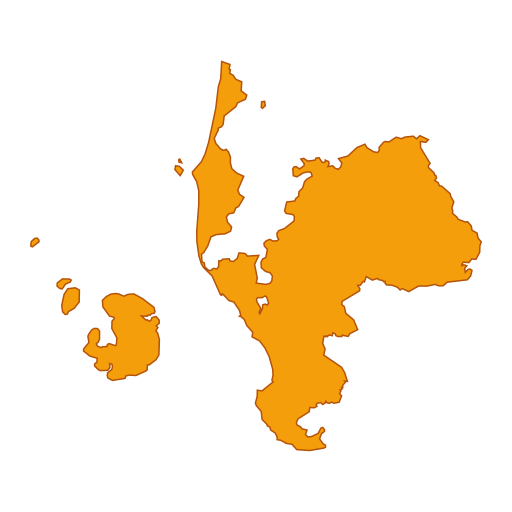 Takalar, Sulawesi Selatan, Indonesia (orthographic projection)
{"feature_id": "22746128B33549586615312", "entity_name": "Takalar", "entity_type": "district", "adm_level": 2, "iso_a3": "IDN", "parent_name": "Indonesia", "parent_adm1": "Sulawesi Selatan", "projection": "orthographic", "projection_center": [119.453, -5.411], "detail": "fine", "context": "isolated", "style": "filled", "palette": "amber", "viewbox_px": 512, "rotation_deg": 0, "n_neighbors": 0, "source": "geoboundaries", "source_scale": "gbopen_adm2", "svg_char_len": 6077}
<svg xmlns="http://www.w3.org/2000/svg" viewBox="0 0 512 512"><path d="M241.7,81.8L235.9,79.4L233.3,75.5L229.7,73.2L230.4,69.7L229.1,69.1L230.0,64.5L221.7,61.5L220.7,78.8L218.3,86.8L215.8,108.2L208.6,142.4L205.0,154.2L201.4,161.7L192.4,172.0L192.6,174.4L196.7,181.7L198.8,190.8L198.7,205.3L196.7,231.7L196.9,241.5L198.9,256.0L201.4,264.0L203.6,267.6L212.1,275.9L220.5,294.8L221.6,295.2L221.3,294.2L222.9,294.1L229.0,300.6L233.8,302.0L239.4,310.2L240.8,315.6L238.6,316.5L240.4,316.2L244.2,319.4L246.9,325.7L252.7,332.2L252.1,336.9L259.6,340.9L264.9,347.9L269.1,356.4L272.7,369.2L273.0,375.2L271.9,380.4L273.1,381.9L262.0,390.9L257.3,390.2L257.2,396.3L255.4,403.2L256.4,405.7L261.2,411.4L262.1,419.5L267.4,424.8L267.2,425.8L270.1,427.3L270.5,429.9L275.2,433.0L277.2,437.0L277.1,439.7L280.5,440.2L286.4,443.4L292.1,444.3L296.7,449.6L309.7,450.5L323.8,448.1L325.5,447.2L325.5,445.2L322.9,443.6L319.6,438.9L321.4,433.8L324.5,431.4L324.6,429.8L322.7,427.4L320.9,428.1L318.1,433.4L311.7,436.5L307.8,436.9L305.5,434.5L307.0,430.0L301.8,428.8L300.6,426.8L297.0,425.0L296.4,422.5L298.1,418.8L309.2,411.7L309.8,407.5L314.1,407.8L316.9,406.4L316.2,404.6L317.3,403.3L320.7,402.6L322.7,404.5L324.8,403.4L325.8,401.3L326.8,402.7L329.4,403.3L331.3,402.2L334.0,403.2L339.2,402.2L341.6,395.8L339.5,393.6L340.9,391.0L340.0,389.9L342.0,389.1L341.6,387.5L342.8,387.6L342.6,385.6L345.5,381.9L344.8,381.1L347.4,381.4L344.7,372.7L341.6,367.3L323.7,355.1L325.1,349.0L322.7,343.5L323.9,336.1L325.6,336.7L326.5,335.8L327.2,336.7L329.1,335.0L332.3,335.7L332.8,332.8L335.2,333.8L336.0,335.7L337.8,336.5L341.8,336.5L342.3,335.2L348.1,336.4L349.8,333.7L357.7,329.6L353.6,319.8L345.8,313.3L344.3,306.6L341.7,304.6L342.2,301.3L359.6,290.8L359.8,288.6L357.7,285.4L360.2,285.3L363.3,281.3L364.4,281.9L366.3,276.6L372.3,280.1L377.6,278.4L378.4,279.6L382.8,280.6L383.8,281.8L385.2,281.4L385.2,283.4L386.5,284.9L392.0,285.2L397.5,287.3L400.1,290.0L402.2,288.5L408.7,291.6L418.7,286.0L427.1,286.1L435.1,284.4L438.6,285.8L443.1,285.8L447.2,282.2L467.3,279.8L470.6,276.1L472.0,270.4L470.0,269.0L468.2,269.3L465.3,272.3L464.7,268.1L466.8,265.7L463.7,264.8L461.9,265.6L461.9,264.2L463.3,262.2L468.9,262.6L471.8,258.9L475.9,259.4L479.7,252.3L479.9,245.6L481.3,242.0L478.0,238.0L477.1,233.1L472.0,230.3L471.3,226.0L467.6,221.7L465.1,222.0L458.1,219.2L456.8,217.0L452.4,213.3L452.8,210.9L451.8,208.0L453.8,201.8L450.7,196.4L450.2,193.7L441.6,186.1L439.5,185.9L438.1,182.6L434.7,180.4L436.6,177.9L435.7,175.4L434.9,175.4L434.0,172.8L428.4,167.5L428.4,165.7L430.1,163.4L420.6,147.7L420.4,141.4L425.8,142.4L428.4,139.7L419.9,135.7L416.5,138.8L413.3,136.2L404.8,137.1L401.5,138.7L396.1,137.2L388.9,142.0L385.2,141.5L383.5,142.3L379.1,147.4L379.3,150.4L377.6,152.5L373.6,151.8L367.1,147.8L364.9,144.2L356.9,147.6L347.9,156.0L338.5,158.6L341.8,163.0L340.8,166.9L338.3,169.3L335.2,168.3L332.7,165.8L327.9,166.6L329.1,163.8L328.6,161.6L325.3,160.1L325.2,161.7L323.7,162.6L321.8,161.9L319.1,157.7L316.0,158.1L315.1,160.1L307.7,161.1L303.8,158.4L300.8,159.0L304.2,163.6L304.1,165.7L299.5,168.9L296.1,166.6L294.1,166.8L292.8,168.7L293.3,175.7L297.0,176.8L303.2,172.9L308.2,171.8L310.9,172.4L312.2,176.1L306.9,179.1L304.5,181.7L302.7,187.9L299.0,191.6L298.6,196.2L295.8,198.5L294.7,201.0L286.7,202.0L284.6,210.9L286.1,213.4L293.0,214.6L294.4,216.6L294.0,221.0L284.5,228.5L278.8,230.6L276.9,233.3L277.3,237.1L278.7,239.2L277.2,240.8L272.7,241.0L270.0,239.4L266.5,240.6L263.9,243.2L264.3,245.9L267.4,249.5L265.8,257.5L262.8,258.9L261.0,262.0L261.3,267.7L265.6,271.5L270.0,272.7L272.4,276.0L271.8,280.8L270.0,283.3L265.9,284.4L256.2,283.1L257.3,278.2L254.6,264.4L258.8,255.4L247.4,256.1L245.1,253.5L239.0,252.9L237.2,258.4L233.4,261.5L230.1,261.0L229.3,258.8L222.6,259.2L221.0,261.0L218.9,260.7L218.6,266.5L217.0,268.9L213.4,268.4L210.7,270.5L208.7,270.4L204.9,267.0L204.3,262.9L202.0,261.8L201.5,254.1L203.7,252.6L207.7,246.1L211.0,236.8L216.2,234.6L225.2,233.8L230.6,231.1L231.6,227.0L227.5,222.1L226.4,216.9L228.8,213.8L233.7,212.9L235.9,207.8L238.5,206.6L244.0,197.4L239.5,194.3L237.8,190.0L243.7,176.3L236.6,173.0L231.9,168.8L230.4,163.0L230.4,156.8L228.4,151.9L226.2,149.3L223.8,150.4L220.6,149.0L215.8,143.4L214.2,138.3L218.2,130.3L218.2,128.2L221.3,126.9L223.1,124.5L224.2,115.9L235.8,106.7L237.6,102.8L245.4,99.3L246.8,95.1L241.2,90.9L241.7,81.8ZM266.8,297.3L268.6,303.3L267.0,305.2L265.4,304.1L262.8,304.7L262.4,308.9L259.9,313.8L259.0,312.3L260.8,308.4L256.9,301.8L256.5,298.9L257.6,297.6L262.0,297.7L265.2,295.9L266.8,297.3ZM123.9,296.2L118.8,294.0L115.8,293.5L110.9,294.1L106.4,296.5L102.4,300.4L102.9,306.9L109.6,316.2L113.7,317.1L114.3,318.5L112.0,321.2L111.8,328.4L116.9,338.0L116.3,345.0L115.2,345.6L109.3,343.6L107.4,344.4L106.9,346.6L102.5,346.7L101.1,347.6L97.3,346.1L96.4,343.4L98.1,342.3L99.5,339.4L99.6,331.2L97.6,328.6L94.3,328.4L91.7,329.9L88.6,334.4L87.9,336.3L88.9,342.5L83.7,348.8L83.5,351.0L89.9,356.1L97.1,358.2L96.9,362.2L94.7,363.9L94.6,366.0L98.5,369.8L100.3,370.6L107.9,370.3L109.9,367.7L109.6,363.5L111.9,364.2L112.5,367.0L111.7,369.7L107.6,372.8L107.2,375.7L108.0,378.1L112.5,380.4L125.0,378.4L125.9,375.9L129.4,375.1L135.9,375.5L145.9,371.0L147.2,369.8L147.3,365.0L149.4,364.8L156.1,359.6L158.9,354.9L159.4,339.5L157.6,333.0L155.8,330.8L157.9,327.6L156.2,325.8L159.2,323.3L159.2,320.1L156.0,316.5L152.0,317.6L150.6,320.7L148.7,321.1L147.5,319.8L145.9,320.0L141.5,316.0L147.5,316.2L148.1,315.0L150.1,315.2L151.6,313.6L154.2,313.3L155.0,311.7L154.0,307.4L142.3,298.5L133.8,293.9L127.8,294.4L123.9,296.2ZM75.3,287.8L67.8,288.7L64.1,294.3L61.7,305.4L62.6,311.8L65.2,314.5L67.3,314.1L68.5,311.5L74.1,308.4L79.2,302.0L79.4,290.1L75.3,287.8ZM69.8,279.1L62.5,278.9L57.3,282.9L57.0,286.0L59.8,288.5L62.2,288.9L65.5,284.1L70.3,282.0L71.2,280.1L69.8,279.1ZM180.2,175.6L183.3,170.2L179.3,166.3L175.6,165.8L174.9,169.6L180.2,175.6ZM32.3,246.9L39.0,241.8L38.9,240.0L37.0,238.0L34.6,238.5L31.3,241.5L30.7,246.0L32.3,246.9ZM262.5,108.3L265.3,105.7L264.6,101.3L261.6,101.8L261.3,107.5L262.5,108.3ZM181.7,162.8L179.8,159.1L178.8,159.6L179.0,162.2L181.7,162.8Z" fill="#f59e0b" stroke="#b45309" stroke-width="1.5"/></svg>